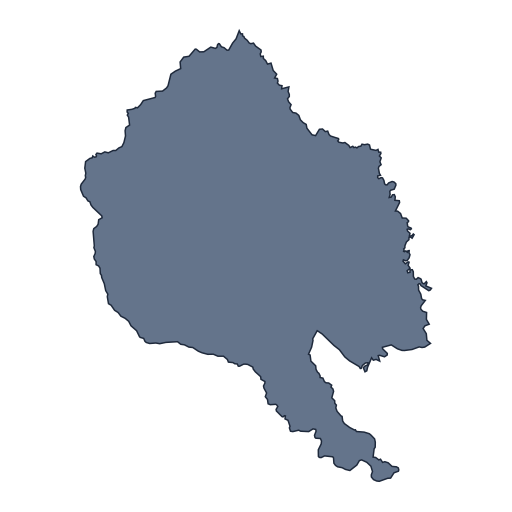 Aguazul, Casanare, Colombia
{"feature_id": "7082276B87495791799941", "entity_name": "Aguazul", "entity_type": "district", "adm_level": 2, "iso_a3": "COL", "parent_name": "Colombia", "parent_adm1": "Casanare", "projection": "mercator", "projection_center": [-72.5, 5.106], "detail": "fine", "context": "isolated", "style": "filled", "palette": "slate", "viewbox_px": 512, "rotation_deg": 0, "n_neighbors": 0, "source": "geoboundaries", "source_scale": "gbopen_adm2", "svg_char_len": 6032}
<svg xmlns="http://www.w3.org/2000/svg" viewBox="0 0 512 512"><path d="M127.3,115.1L128.6,117.1L129.6,125.1L125.9,127.5L125.1,130.7L125.5,136.0L123.9,142.6L121.9,146.6L118.9,147.9L115.8,150.5L113.1,150.5L108.3,152.8L104.8,151.9L101.2,153.8L97.0,153.1L95.9,154.5L96.5,155.9L96.0,156.9L94.4,157.2L92.8,156.0L92.2,157.8L89.9,158.4L85.6,161.6L84.8,168.2L85.8,173.2L85.3,175.8L85.7,177.2L85.2,179.0L81.2,184.2L80.5,186.6L80.7,189.6L83.5,196.2L86.1,197.9L87.9,200.9L89.9,201.8L91.0,205.0L92.9,207.5L101.8,215.9L102.1,217.8L98.7,219.7L98.1,224.3L96.6,226.5L93.8,228.6L93.1,231.3L94.3,245.8L93.9,247.7L95.4,251.4L95.2,253.4L93.8,256.5L94.3,259.0L96.1,261.5L96.1,264.7L98.6,265.9L100.0,268.2L100.3,273.6L101.5,275.4L101.7,277.5L104.3,283.7L105.7,290.6L107.8,294.1L107.3,296.7L108.5,303.7L111.1,305.2L114.6,310.3L118.1,312.5L120.9,316.2L125.1,318.3L128.7,321.3L131.0,325.8L136.6,330.7L139.5,336.7L140.2,337.4L143.7,338.4L145.0,341.4L146.3,342.5L149.7,343.5L155.8,343.0L159.7,343.7L165.8,342.4L177.5,341.7L180.8,344.3L184.4,344.8L188.9,347.1L192.8,347.5L198.3,351.2L202.1,352.8L207.8,354.3L213.3,354.2L217.9,356.2L223.5,356.2L227.4,359.5L228.4,362.1L233.1,362.6L234.6,363.7L237.3,364.0L238.3,366.2L239.6,366.2L243.5,364.2L245.1,364.1L247.7,364.4L252.8,367.1L253.2,369.0L255.3,371.8L260.6,376.6L261.0,379.4L264.9,381.5L264.9,383.1L263.5,386.0L264.0,388.2L266.6,393.0L265.3,396.7L267.5,399.5L268.1,403.8L270.3,404.7L275.7,404.3L276.8,405.0L277.8,406.5L276.1,409.4L276.4,411.0L282.0,416.6L283.0,416.9L284.4,415.7L285.4,415.9L285.0,418.9L288.0,420.3L290.0,426.3L289.4,427.9L290.5,431.2L292.8,431.6L298.7,430.2L300.6,431.2L308.7,431.6L313.0,428.9L315.7,429.4L316.1,431.1L314.5,435.3L315.0,437.5L315.8,438.2L320.4,438.5L321.5,441.0L321.2,443.9L318.3,449.8L318.4,456.4L319.3,457.4L321.1,457.6L324.6,455.9L332.7,456.8L333.5,457.8L333.9,463.2L335.5,465.4L337.6,466.8L342.2,467.7L345.4,469.4L349.9,470.5L356.8,465.1L359.4,460.6L361.6,459.9L366.8,462.3L370.9,466.2L372.5,471.6L371.3,474.9L371.4,477.0L373.5,479.6L376.7,481.0L379.3,481.3L387.6,478.3L390.6,478.1L394.0,472.8L398.4,471.2L398.8,469.9L398.3,467.9L396.4,466.8L392.0,466.4L388.2,462.8L384.8,461.7L382.6,462.4L380.5,459.2L378.8,459.9L375.7,457.5L373.1,457.1L374.1,448.9L375.2,447.2L375.3,442.2L374.6,438.9L371.0,435.1L369.3,433.7L364.1,432.1L356.4,431.5L355.4,429.8L354.5,430.0L349.7,427.5L344.4,423.6L342.7,421.1L342.1,416.4L341.0,415.9L337.1,411.4L335.8,407.9L336.4,405.1L334.8,403.3L334.7,400.7L331.8,397.8L333.6,391.3L332.9,388.9L331.0,387.1L331.7,385.2L328.7,383.0L326.0,382.8L324.4,381.6L322.9,378.1L320.1,377.5L320.1,375.8L318.9,373.3L317.5,372.2L316.0,369.3L315.7,365.8L310.9,361.1L310.1,355.0L308.5,354.2L311.6,347.2L313.0,340.5L312.7,338.8L317.2,330.7L322.2,334.0L334.0,345.5L339.4,349.7L344.8,356.9L349.6,360.9L359.1,366.5L360.3,368.5L361.2,368.4L362.4,365.5L365.4,363.0L367.9,362.7L367.9,364.7L364.4,366.4L363.4,367.9L365.0,371.8L366.8,370.8L367.6,367.2L371.6,357.8L373.3,360.2L376.1,359.4L379.7,361.1L378.2,355.6L379.7,355.3L384.5,356.8L387.2,355.0L387.3,353.4L382.6,348.8L382.4,347.3L391.3,344.9L397.4,348.8L401.9,350.4L404.4,350.5L412.0,349.5L419.2,346.9L422.0,347.5L424.7,347.1L430.5,343.4L426.9,340.3L426.3,333.7L423.1,328.5L425.0,325.8L429.2,324.2L426.4,319.4L426.6,312.5L422.7,311.2L420.8,309.1L420.6,307.5L421.2,305.7L425.3,300.4L422.6,299.8L421.6,298.6L420.8,294.2L418.6,290.1L418.5,286.3L417.8,284.8L419.1,283.6L420.0,283.8L421.0,285.6L428.8,290.7L430.3,290.0L431.5,288.3L425.8,285.9L427.0,282.8L426.3,281.6L424.3,283.7L423.4,283.7L422.0,282.6L421.1,279.2L420.3,278.6L418.1,277.6L416.3,279.3L414.7,279.0L413.4,276.5L413.3,271.7L412.3,269.7L410.0,269.9L410.0,272.3L407.8,272.8L407.1,270.8L410.1,268.2L408.1,265.3L409.1,262.2L408.2,261.9L405.3,263.8L403.0,261.2L403.4,259.8L405.7,260.8L407.2,260.5L409.1,257.9L410.0,254.7L409.0,252.8L409.2,250.6L408.0,250.7L407.3,252.2L405.9,250.9L404.3,251.7L403.6,251.3L404.1,250.1L403.7,248.9L404.9,247.8L404.9,245.8L406.4,242.0L408.9,239.7L409.0,237.4L410.4,237.0L412.1,238.2L414.1,234.7L413.3,234.0L412.2,235.4L410.2,236.2L409.4,235.9L410.0,233.3L407.6,231.1L407.1,229.3L408.2,228.9L410.3,229.7L411.4,228.8L411.1,228.1L408.0,226.8L407.6,225.8L407.2,222.6L408.5,221.7L408.6,220.8L406.2,218.2L402.2,218.0L400.6,213.6L397.7,211.2L395.4,211.0L399.6,202.5L399.3,200.7L394.9,200.3L395.3,196.8L394.3,194.6L392.5,194.8L391.2,197.1L389.2,197.5L390.1,194.5L389.8,191.4L390.7,190.2L394.2,189.2L395.9,185.2L395.8,183.7L394.0,182.0L392.1,181.5L388.7,182.9L387.0,184.9L385.6,184.8L384.6,183.8L383.9,180.4L382.5,177.9L381.2,177.6L378.8,178.7L377.7,177.6L377.7,175.9L380.5,175.3L379.4,173.4L378.4,168.2L379.0,166.4L381.1,164.7L379.9,161.8L381.2,157.9L379.4,156.0L380.9,153.5L380.7,152.2L378.7,152.1L378.0,149.4L376.0,150.4L370.5,149.2L369.5,145.0L367.7,144.1L364.5,144.7L362.0,144.2L360.8,146.2L358.6,146.5L356.9,147.9L355.4,147.1L353.9,147.6L352.8,146.3L350.1,147.6L348.8,145.4L344.9,142.5L342.9,143.0L338.8,142.2L337.7,140.9L338.7,139.7L338.5,138.6L330.5,136.0L329.0,134.5L327.7,131.1L325.3,131.6L322.5,129.0L319.4,129.3L315.6,135.6L312.0,134.8L306.9,128.2L306.2,124.4L303.1,122.6L300.4,119.8L298.8,115.4L296.0,113.1L292.7,112.5L290.2,109.2L289.9,107.7L291.1,104.7L288.6,101.8L287.5,98.8L289.3,96.5L289.3,94.4L288.1,91.5L288.9,86.9L281.6,88.8L282.0,85.7L279.4,85.2L277.4,83.1L278.0,81.1L277.4,78.5L274.6,78.0L276.7,74.2L273.2,70.5L271.0,63.1L267.5,64.1L265.7,60.6L263.4,58.5L263.3,56.2L260.8,56.5L260.2,53.9L261.2,51.9L261.0,50.0L255.6,46.1L253.5,43.1L250.8,43.7L249.2,43.0L247.2,40.3L244.5,38.1L243.9,36.5L242.6,35.9L242.5,33.9L240.7,33.8L239.2,30.7L236.1,38.8L232.6,43.1L228.7,50.1L227.0,50.2L224.1,47.7L221.4,46.8L219.4,43.8L218.6,43.6L217.6,44.6L216.9,47.4L215.4,48.4L210.8,47.1L203.8,51.8L199.6,51.9L196.3,49.2L195.2,49.1L189.0,56.3L183.7,57.1L180.1,62.0L180.7,68.6L175.4,71.1L170.9,74.2L168.0,85.8L166.5,88.0L162.5,91.1L156.2,91.4L155.2,93.2L155.6,96.4L155.1,97.5L143.3,100.6L140.6,104.7L137.5,107.8L135.4,107.4L134.9,108.3L132.0,109.3L127.2,110.0L127.1,112.0L128.3,113.4L127.3,115.1Z" fill="#64748b" stroke="#1e293b" stroke-width="1.5"/></svg>